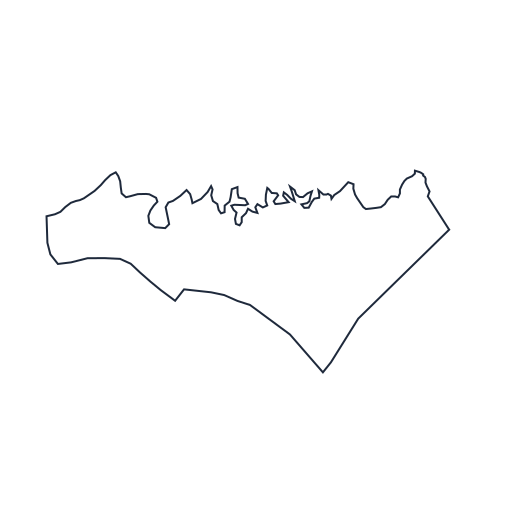 Sabak Bernam, Selangor, Malaysia (Mercator projection), rotated 336°
{"feature_id": "92858781B3591974516081", "entity_name": "Sabak Bernam", "entity_type": "district", "adm_level": 2, "iso_a3": "MYS", "parent_name": "Malaysia", "parent_adm1": "Selangor", "projection": "mercator", "projection_center": [101.106, 3.678], "detail": "fine", "context": "isolated", "style": "outline", "palette": "slate", "viewbox_px": 512, "rotation_deg": 336, "n_neighbors": 0, "source": "geoboundaries", "source_scale": "gbopen_adm2", "svg_char_len": 2307}
<svg xmlns="http://www.w3.org/2000/svg" viewBox="0 0 512 512"><g transform="rotate(336 256 256)"><path d="M370.3,226.1L359.1,230.9L352.3,232.1L348.2,234.5L349.0,231.3L347.0,228.5L345.4,228.5L342.6,227.3L339.8,221.3L338.6,226.1L337.4,228.5L332.6,227.3L329.0,229.3L323.8,233.3L319.7,231.7L318.5,227.3L324.2,228.5L327.0,227.7L330.2,223.3L333.4,219.7L328.6,219.7L322.9,221.3L319.7,219.7L317.7,216.0L318.1,211.6L315.3,206.4L314.9,211.6L313.7,221.7L311.3,218.1L309.3,212.8L307.3,209.2L305.3,212.0L307.7,220.1L299.7,218.1L294.8,216.4L294.4,213.2L300.9,209.6L300.5,207.2L296.0,204.8L294.8,200.0L294.0,198.4L290.0,204.0L287.2,209.6L286.8,214.4L282.0,214.4L278.4,209.2L275.2,211.2L274.8,217.2L270.8,214.0L267.9,209.6L264.3,212.8L258.7,214.8L256.7,219.3L253.5,221.3L250.7,218.5L251.9,213.6L255.9,208.4L254.3,204.8L253.9,200.0L257.1,200.4L266.7,205.2L269.9,205.2L269.1,199.2L263.9,195.6L264.7,191.2L267.1,185.5L261.1,185.1L256.7,192.0L253.9,195.6L247.9,197.2L245.1,203.2L241.4,202.8L240.6,198.8L241.8,192.8L239.0,188.3L239.8,182.3L243.4,177.5L243.4,173.9L237.8,177.9L229.0,181.5L219.4,181.9L220.2,178.3L221.0,172.7L219.4,167.5L211.3,170.3L202.5,171.9L197.7,171.5L193.3,174.7L191.3,183.9L189.6,191.6L184.4,193.6L175.6,188.7L172.0,182.3L174.0,175.5L178.0,171.5L183.2,168.3L188.0,166.3L188.4,162.2L183.6,156.2L180.8,154.6L173.2,151.4L165.2,150.2L161.1,149.4L158.7,144.2L160.3,138.6L162.3,132.5L162.7,126.9L161.9,122.5L155.9,122.9L149.1,125.3L143.1,128.1L135.0,130.9L122.2,133.3L117.8,133.3L113.8,132.5L108.5,132.1L101.7,133.7L95.3,136.1L89.3,136.1L80.8,134.5L70.8,159.1L68.8,170.9L71.8,182.7L84.5,186.6L101.2,189.5L116.9,196.4L130.6,203.3L138.4,212.1L143.3,223.8L149.2,236.6L155.1,248.4L163.9,264.0L176.7,257.2L200.2,270.9L211.0,278.7L220.8,289.5L230.6,298.3L255.1,341.5L269.8,389.5L281.2,383.6L323.9,354.8L443.2,310.5L443.1,310.1L437.2,271.4L440.8,267.6L440.5,261.7L440.7,257.9L441.7,255.9L442.4,254.6L442.5,252.6L441.4,250.5L442.0,249.4L440.7,247.2L439.6,245.9L435.9,242.7L435.8,242.9L434.6,245.4L431.0,246.6L425.3,246.6L422.1,247.8L418.5,250.2L414.5,253.8L412.9,257.4L409.7,260.2L407.3,258.2L403.7,256.6L399.2,258.2L394.8,261.0L390.0,262.2L385.6,261.0L380.4,259.4L375.5,257.8L373.9,255.0L371.9,244.2L371.5,240.1L372.3,234.1L374.3,230.1L372.3,228.1L370.3,226.1Z" fill="none" stroke="#1e293b" stroke-width="2"/></g></svg>